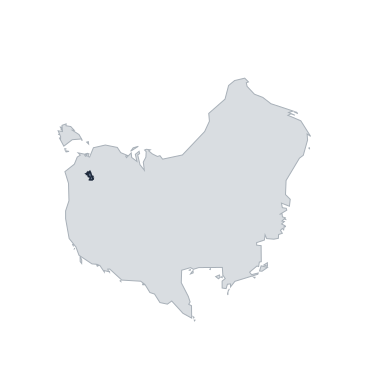 location of Federation, New South Wales, Australia, rotated 154°
{"feature_id": "25037944B19057969948609", "entity_name": "Federation", "entity_type": "district", "adm_level": 2, "iso_a3": "AUS", "parent_name": "Australia", "parent_adm1": "New South Wales", "projection": "albers", "projection_center": [146.287, -35.462], "detail": "fine", "context": "in_parent", "style": "filled", "palette": "slate", "viewbox_px": 384, "rotation_deg": 154, "n_neighbors": 0, "source": "geoboundaries", "source_scale": "gbopen_adm2", "svg_char_len": 5540}
<svg xmlns="http://www.w3.org/2000/svg" viewBox="0 0 384 384"><g transform="rotate(154 192 192)"><path d="M253.3,86.9L258.0,102.9L263.3,102.0L269.3,106.7L270.4,116.7L273.9,120.1L274.8,129.5L277.2,134.3L293.7,143.6L299.7,158.8L301.5,159.6L301.9,157.0L305.3,159.8L305.9,158.5L307.0,166.2L309.0,168.6L313.4,171.2L321.3,184.7L320.4,193.4L322.8,204.1L317.3,223.4L313.9,230.4L306.4,238.1L299.2,253.9L297.3,266.0L285.5,268.6L279.8,273.7L276.2,274.1L277.2,277.1L271.6,272.8L272.4,271.8L272.0,270.7L271.0,270.7L269.1,272.6L267.8,271.4L270.0,269.6L268.7,268.3L261.2,275.0L249.3,272.2L239.6,264.8L238.8,258.6L234.0,253.2L235.9,253.3L235.8,251.6L229.5,253.8L231.1,249.5L228.1,243.6L226.4,250.7L221.7,251.8L222.3,249.4L224.5,249.2L226.8,239.4L225.3,232.4L222.7,240.2L218.2,243.5L215.5,248.3L216.2,250.5L214.3,250.4L211.0,248.2L212.9,248.0L211.0,243.7L207.5,239.1L204.9,238.7L204.0,234.4L184.4,229.5L154.1,240.8L145.3,248.0L142.5,255.3L121.6,261.0L112.4,271.7L104.8,273.5L94.7,271.2L93.0,266.2L95.3,266.4L96.2,262.8L93.0,252.5L86.9,246.0L82.4,236.8L65.6,220.4L70.3,221.1L65.9,215.9L68.8,218.9L72.2,218.9L63.0,208.3L61.0,190.0L63.1,193.7L65.3,188.1L75.9,176.2L80.6,175.3L102.4,161.1L109.1,148.7L106.9,142.4L110.7,136.5L116.5,142.8L117.7,138.3L114.4,136.0L114.8,134.1L123.2,133.4L120.5,133.3L121.6,130.0L119.5,127.9L123.9,126.5L121.9,125.0L125.5,124.0L123.6,121.5L126.2,117.8L126.8,119.6L129.3,118.8L128.9,115.3L132.8,115.8L134.7,112.5L139.1,113.7L145.3,117.4L145.1,121.5L148.0,117.1L156.1,118.2L157.2,115.9L153.4,113.5L160.3,99.0L162.2,99.5L164.8,95.8L166.1,97.0L175.4,94.7L174.7,91.6L168.0,90.2L168.9,89.2L192.6,92.9L199.0,89.8L197.7,92.5L200.6,93.6L203.7,90.2L207.0,92.5L204.0,98.7L200.1,99.6L200.7,103.8L197.8,110.9L219.0,121.1L224.6,121.9L226.5,124.7L235.6,126.2L241.4,115.2L241.1,99.8L241.9,94.0L244.2,92.5L242.3,90.0L247.6,78.8L253.3,86.9ZM268.0,288.1L276.7,291.5L287.1,289.4L287.5,299.1L286.9,297.3L285.8,299.4L285.5,305.7L281.9,303.1L279.6,308.9L275.3,308.4L276.2,306.8L272.3,304.0L270.8,299.1L272.5,300.0L268.4,293.2L268.0,288.1ZM157.2,91.1L163.8,90.1L166.0,91.4L162.2,95.3L157.2,91.1ZM220.2,256.6L229.3,255.5L225.5,257.5L220.2,256.6ZM206.2,102.4L207.8,105.6L203.7,105.4L204.1,103.0L206.2,102.4ZM320.8,183.2L320.9,179.2L322.5,176.1L323.0,178.5L320.8,183.2ZM284.7,282.4L287.6,283.2L287.7,284.6L284.7,282.4ZM156.7,92.2L159.5,94.9L155.3,95.4L156.7,92.2ZM264.8,283.0L263.1,282.7L263.9,280.4L264.8,283.0ZM229.3,119.0L227.5,120.1L225.6,120.8L226.4,118.8L229.3,119.0ZM65.3,219.5L63.3,218.2L62.6,216.6L62.8,216.4L65.3,219.5ZM287.0,285.9L288.1,286.8L286.0,286.0L287.0,285.9ZM308.3,166.8L309.7,166.8L309.6,168.6L308.3,166.8ZM275.2,129.3L277.0,130.3L276.7,130.9L275.2,129.3ZM281.8,306.6L281.9,308.1L280.9,307.6L281.8,306.6ZM322.3,195.0L322.3,197.2L322.1,197.1L322.3,195.0ZM173.9,88.4L172.7,87.7L173.3,87.2L173.9,88.4ZM204.7,85.0L203.3,86.7L204.9,83.7L204.7,85.0ZM322.7,192.4L322.0,193.1L322.5,192.4L322.7,192.4ZM209.9,114.7L209.1,115.1L209.5,114.3L209.9,114.7ZM203.0,102.6L201.9,102.9L202.4,101.8L203.0,102.6ZM67.5,178.9L67.7,180.3L67.2,180.4L67.5,178.9ZM245.6,78.1L245.6,79.3L245.1,78.5L245.6,78.1ZM271.0,271.3L271.2,272.0L270.9,271.8L271.0,271.3ZM202.9,87.2L200.8,88.6L202.9,87.0L202.9,87.2ZM123.4,119.9L122.8,120.9L123.1,119.9L123.4,119.9ZM282.4,305.4L281.9,305.7L282.2,305.1L282.4,305.4ZM228.7,123.0L227.5,123.0L228.1,122.3L228.7,123.0ZM120.5,126.7L120.0,127.3L119.8,126.2L120.5,126.7ZM286.6,302.2L285.8,302.6L286.1,301.8L286.6,302.2ZM246.2,75.1L246.1,75.9L245.5,75.5L246.2,75.1ZM270.6,272.3L271.4,273.0L270.1,272.8L270.6,272.3ZM295.6,143.6L294.9,143.6L295.2,142.7L295.6,143.6ZM301.3,156.8L300.9,156.8L301.2,156.1L301.3,156.8ZM268.4,286.9L268.2,287.5L268.0,286.8L268.4,286.9Z" fill="#d9dde1" stroke="#a8b0b8" stroke-width="1"/><path d="M274.6,254.4L274.6,254.5L274.8,254.7L274.7,254.7L274.7,254.8L274.8,254.7L275.0,254.7L275.3,254.8L275.3,254.7L275.3,254.8L275.5,254.8L275.4,254.7L275.5,254.7L275.5,254.8L275.6,254.7L275.7,254.8L275.8,254.7L275.8,254.8L276.0,254.9L275.9,254.9L276.0,255.0L276.1,254.8L276.3,254.9L276.4,254.7L276.4,254.8L276.5,254.8L276.5,254.7L276.5,254.8L276.6,255.0L276.6,254.9L276.7,255.0L276.7,254.9L276.7,255.0L276.7,254.9L276.8,255.0L276.8,254.9L277.0,254.9L277.0,255.0L277.1,254.9L277.1,254.7L277.3,254.5L277.4,254.4L277.5,254.5L277.5,254.4L277.6,254.5L277.8,254.6L277.8,254.4L278.0,254.4L278.0,254.5L278.1,254.4L278.2,254.5L278.3,254.5L278.4,254.4L278.4,254.5L278.5,254.5L278.4,254.5L278.5,254.5L278.4,254.6L278.5,254.6L278.7,254.8L278.8,254.9L279.0,254.9L278.9,254.8L279.0,254.6L279.0,254.4L278.9,254.3L278.9,254.2L278.7,254.2L278.8,254.1L278.8,253.9L278.7,253.9L278.4,253.9L278.3,254.1L278.2,254.1L278.1,253.4L277.8,253.3L277.9,252.5L278.1,252.5L278.1,252.4L278.2,251.8L278.3,251.9L278.4,251.6L278.4,251.4L278.4,251.2L278.2,251.0L277.4,250.9L277.3,250.6L277.2,250.6L277.1,250.4L277.0,249.9L277.2,249.7L277.3,249.7L277.3,249.3L277.2,249.3L277.2,249.2L277.5,248.9L278.2,248.3L278.4,248.3L278.5,248.3L278.6,248.2L278.8,248.1L278.9,247.9L277.1,246.9L276.7,246.8L276.4,246.6L276.0,247.0L275.7,246.8L275.3,246.8L275.3,247.0L275.2,247.1L275.3,247.1L275.2,247.5L275.1,247.9L275.0,248.4L274.9,248.5L275.0,248.5L274.9,248.5L275.0,248.5L275.1,248.9L275.1,249.0L274.9,249.0L275.0,249.0L274.9,249.0L274.7,249.2L274.7,249.3L274.8,249.3L274.7,249.3L274.6,249.5L274.8,249.5L275.0,249.7L275.0,249.8L275.1,249.7L275.1,249.8L275.1,249.7L275.1,249.8L275.3,249.8L275.1,251.3L275.0,251.5L274.9,251.5L275.0,251.5L274.9,251.9L274.9,252.0L274.8,252.3L274.8,252.5L274.8,252.8L274.6,254.4Z" fill="#64748b" stroke="#1e293b" stroke-width="1.5"/></g></svg>